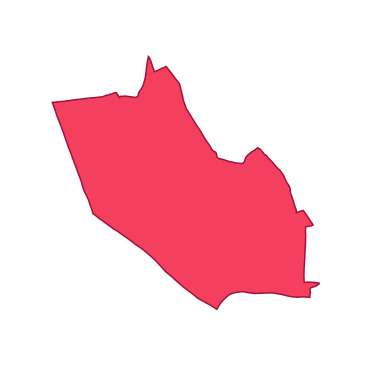 outline of Binh Minh, Vĩnh Long, Vietnam, rotated 338°
{"feature_id": "81297802B92843974613199", "entity_name": "Binh Minh", "entity_type": "district", "adm_level": 2, "iso_a3": "VNM", "parent_name": "Vietnam", "parent_adm1": "Vĩnh Long", "projection": "natural_earth1", "projection_center": [105.858, 10.046], "detail": "fine", "context": "isolated", "style": "filled", "palette": "rose", "viewbox_px": 384, "rotation_deg": 338, "n_neighbors": 0, "source": "geoboundaries", "source_scale": "gbopen_adm2", "svg_char_len": 4729}
<svg xmlns="http://www.w3.org/2000/svg" viewBox="0 0 384 384"><g transform="rotate(338 192 192)"><path d="M215.0,65.9L212.4,66.2L210.8,66.0L206.2,66.4L203.8,66.4L202.2,66.4L202.4,62.9L202.5,60.3L202.8,55.6L202.9,54.0L202.8,52.2L202.7,51.3L202.2,50.1L201.8,50.8L199.6,54.3L198.4,56.1L195.8,60.7L193.8,64.5L192.2,67.4L190.8,69.5L189.4,71.3L186.0,75.5L184.2,77.0L181.8,78.5L179.8,80.0L179.1,80.8L178.7,81.7L178.4,82.3L177.9,82.7L176.8,83.1L175.6,83.1L174.5,82.9L172.3,81.6L167.2,78.7L166.0,78.0L164.8,77.7L163.4,77.2L162.2,76.7L161.5,76.6L160.5,77.1L160.1,77.0L159.9,76.6L159.8,75.3L159.7,74.2L159.2,72.8L159.2,71.7L158.6,71.5L158.0,71.3L157.7,71.1L157.1,71.0L156.7,71.0L156.3,71.0L155.7,71.0L155.0,71.2L154.5,71.3L154.2,71.3L154.0,71.2L153.2,70.7L152.9,70.6L152.7,70.5L152.3,70.5L151.4,70.8L150.8,70.9L150.5,70.8L149.9,70.5L149.4,70.3L149.0,70.2L148.3,70.2L147.2,70.2L146.1,70.2L144.7,70.1L143.8,70.0L142.6,69.6L141.0,69.1L139.4,68.7L136.5,67.9L134.2,67.1L132.7,66.7L130.2,66.0L128.5,65.4L127.1,65.1L126.1,64.9L122.7,64.0L120.1,63.2L119.6,63.0L115.9,62.1L114.2,61.6L112.9,61.4L108.4,60.2L106.5,59.8L106.0,59.5L102.2,58.4L99.7,57.7L99.0,57.5L96.0,56.6L96.0,58.4L95.8,62.7L95.6,67.7L95.4,69.1L95.2,73.8L95.3,77.6L95.2,81.5L95.0,89.7L94.8,92.9L94.3,101.8L94.2,105.0L94.2,110.2L94.0,114.1L93.9,117.7L93.7,126.3L93.5,130.7L93.3,138.6L93.3,140.8L92.5,146.7L92.4,151.2L92.7,154.7L93.0,156.5L92.9,157.7L93.1,159.6L92.8,163.5L92.5,171.1L92.1,175.2L94.6,179.0L95.7,181.2L98.5,185.6L105.6,197.1L106.5,198.1L108.1,200.4L109.8,203.0L117.6,215.2L120.3,220.0L124.1,225.5L128.2,233.1L130.7,238.1L132.7,242.4L136.0,251.2L137.8,256.1L141.6,263.2L143.8,267.7L144.0,268.2L148.2,276.5L151.2,281.5L154.9,287.5L157.5,292.6L168.0,305.6L171.1,310.1L174.4,307.4L176.9,305.7L179.7,304.3L184.8,302.2L187.0,301.5L188.7,301.1L191.0,301.1L193.2,301.3L196.4,301.9L198.5,302.4L200.7,303.1L202.0,303.6L203.1,304.2L206.1,306.2L208.9,307.7L211.0,309.0L213.6,310.1L215.5,310.8L217.8,311.7L220.2,312.4L222.6,313.3L224.8,314.1L229.1,315.8L232.3,317.9L235.1,319.5L238.2,321.6L240.5,323.4L242.5,324.7L246.1,327.0L250.9,329.3L255.3,330.6L256.8,331.4L258.6,332.2L261.1,333.5L261.4,333.7L261.8,333.9L262.9,331.3L263.9,330.0L264.5,328.1L264.7,327.1L265.1,326.3L265.7,325.8L266.2,325.4L266.5,325.3L266.6,325.2L266.9,325.2L267.1,325.3L268.3,325.4L269.3,325.5L270.3,325.6L271.3,325.6L272.1,325.5L272.7,325.5L273.4,325.3L274.5,324.9L275.3,324.7L275.7,324.5L275.8,324.3L275.8,324.2L273.2,322.5L270.3,321.0L268.6,320.3L266.5,319.3L264.6,318.6L262.1,317.9L264.3,311.9L264.9,310.4L267.2,305.1L268.1,303.3L270.6,298.0L271.3,296.5L273.9,290.9L274.6,289.2L277.3,283.6L278.1,281.9L280.3,276.8L281.3,274.4L282.9,269.9L283.6,268.4L284.4,266.8L285.1,267.0L285.7,267.2L287.1,267.4L288.4,267.7L289.5,267.9L290.6,268.0L291.9,268.0L291.8,267.0L290.8,262.8L290.5,260.8L289.5,256.0L289.1,254.3L288.7,252.5L288.6,251.7L288.3,251.0L288.0,250.6L285.9,250.5L282.8,250.3L280.9,250.4L281.3,249.3L281.9,247.8L281.9,245.8L282.2,242.1L282.2,241.0L282.6,238.6L282.7,235.0L282.8,233.6L282.9,231.0L283.0,230.0L283.5,227.7L284.0,226.4L284.3,224.8L284.3,223.7L284.3,222.6L283.8,220.3L283.5,219.4L283.4,218.5L283.3,216.0L283.1,213.7L283.2,212.4L283.0,210.6L282.7,208.6L282.3,206.9L282.0,206.0L281.6,204.8L281.2,203.8L280.7,202.7L280.2,201.8L279.6,200.2L279.2,199.0L278.5,196.9L277.5,193.8L277.0,192.8L276.5,191.5L276.0,190.1L275.6,189.2L275.1,187.5L274.5,185.7L274.4,185.4L274.2,185.1L273.9,185.0L273.5,184.9L273.2,184.6L273.1,184.2L273.0,183.4L272.9,182.6L272.8,182.2L272.5,181.3L272.2,180.8L272.0,180.3L271.7,179.2L271.5,178.2L269.6,175.6L268.6,175.9L266.9,176.3L264.8,176.9L262.9,177.2L262.1,177.2L261.0,177.6L260.9,177.6L260.1,178.0L259.2,178.2L257.6,178.7L255.9,179.5L255.2,179.9L254.7,180.2L253.5,181.6L252.3,182.9L251.6,183.6L250.4,184.3L249.6,184.3L248.4,184.0L246.6,183.1L244.3,181.9L244.2,181.9L242.6,180.8L240.3,179.2L239.4,178.6L238.0,177.7L236.3,176.3L234.4,174.7L232.6,173.2L231.4,172.4L230.1,171.6L229.4,171.0L228.9,170.3L228.6,169.5L228.4,168.8L228.4,168.5L228.4,168.1L228.7,166.8L228.9,166.0L229.0,164.9L228.9,164.6L228.8,164.1L228.4,163.4L227.9,162.9L227.2,162.0L226.7,161.3L226.3,159.5L226.2,158.6L225.9,156.6L225.9,156.1L225.8,155.5L225.4,153.4L225.1,152.6L224.5,150.3L224.2,149.3L224.0,147.5L223.9,147.0L223.5,144.3L223.5,143.7L223.3,142.9L223.0,141.3L223.0,140.3L222.7,138.5L222.6,137.9L222.0,135.3L221.8,134.4L221.3,132.2L221.2,131.3L220.8,129.2L220.7,128.6L220.2,125.9L220.1,125.0L219.7,122.9L219.5,121.9L219.2,119.7L218.9,118.4L218.6,116.7L218.4,115.0L218.1,113.8L217.8,113.1L217.8,112.8L218.0,111.2L218.4,103.2L219.0,100.5L220.2,92.1L220.7,89.2L221.0,87.0L219.0,80.5L218.5,78.2L216.3,70.1L215.5,67.7L215.4,67.3L215.0,65.9Z" fill="#f43f5e" stroke="#9f1239" stroke-width="1.5"/></g></svg>